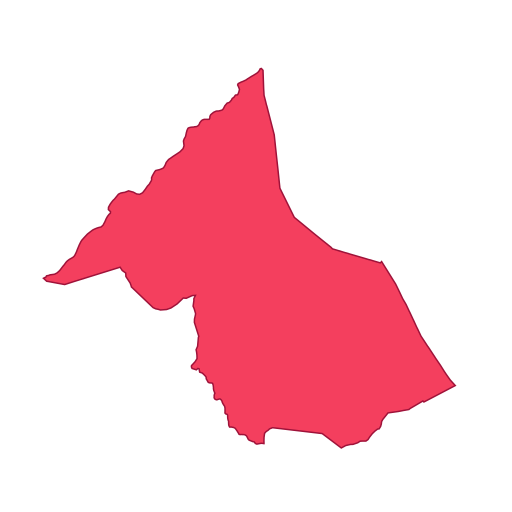 the district of Venus, Anse-la-Raye, Saint Lucia, rotated 185°
{"feature_id": "8701671B61834764030996", "entity_name": "Venus", "entity_type": "district", "adm_level": 2, "iso_a3": "LCA", "parent_name": "Saint Lucia", "parent_adm1": "Anse-la-Raye", "projection": "mercator", "projection_center": [-61.013, 13.912], "detail": "fine", "context": "isolated", "style": "filled", "palette": "rose", "viewbox_px": 512, "rotation_deg": 185, "n_neighbors": 0, "source": "geoboundaries", "source_scale": "gbopen_adm2", "svg_char_len": 5914}
<svg xmlns="http://www.w3.org/2000/svg" viewBox="0 0 512 512"><g transform="rotate(185 256 256)"><path d="M231.7,69.8L231.7,70.1L232.0,72.6L232.2,76.1L232.0,80.1L230.6,82.0L228.8,83.4L227.4,85.0L224.5,86.4L174.6,84.9L154.3,72.2L150.1,75.0L145.5,76.5L143.0,76.8L138.4,78.8L136.1,80.6L133.9,80.9L130.4,81.2L128.4,82.9L127.0,85.6L124.7,89.1L122.2,92.0L119.9,94.1L119.4,94.3L118.3,94.5L117.0,97.1L116.5,99.6L116.5,101.0L116.3,102.4L115.4,104.3L110.8,111.2L100.8,113.5L97.6,114.4L95.6,115.0L94.8,115.2L90.3,116.4L89.2,117.5L77.1,126.1L76.2,125.4L76.0,125.2L46.2,144.3L49.0,146.9L51.8,149.5L56.1,154.6L58.2,157.2L62.6,163.0L67.2,168.6L68.5,170.2L69.6,171.7L69.8,171.9L76.6,180.5L76.9,180.7L79.3,183.8L84.7,190.6L86.5,193.7L88.6,197.3L89.9,199.4L93.7,206.1L93.8,206.2L98.0,213.5L98.3,213.9L102.3,220.8L106.2,226.3L109.4,231.8L113.1,238.0L114.5,240.3L130.4,261.4L131.5,260.0L132.8,260.2L139.3,261.5L141.5,262.0L143.6,262.3L146.4,262.9L147.4,263.1L153.9,264.4L163.5,266.3L164.1,266.5L164.7,266.6L166.2,266.9L167.0,267.0L168.0,267.2L180.5,269.8L180.7,270.0L182.0,271.2L198.9,282.5L210.7,290.6L221.2,297.8L222.2,299.4L238.1,325.6L241.7,344.2L244.8,359.8L248.4,378.3L258.2,406.1L258.9,407.8L260.1,411.4L262.0,416.8L262.5,420.3L262.9,422.9L265.2,441.6L266.7,443.0L267.1,443.3L268.2,442.8L268.3,442.3L269.1,440.6L270.0,439.3L271.1,438.2L272.9,436.8L273.1,436.7L274.3,435.8L274.7,435.5L275.8,434.8L279.9,431.7L281.3,430.5L284.2,428.8L286.3,427.8L286.7,427.5L288.8,426.2L289.2,424.8L288.2,423.1L287.0,420.6L287.0,420.4L287.4,417.9L287.9,416.1L288.4,415.0L290.5,414.5L291.9,412.1L293.4,410.9L294.1,409.1L295.9,406.7L298.1,405.8L300.2,402.8L300.8,401.2L301.5,399.6L302.2,398.8L302.5,398.5L302.8,398.3L303.6,398.0L305.0,397.5L305.9,397.2L308.2,396.9L310.7,395.5L311.1,395.2L311.7,394.5L312.2,394.1L313.5,392.7L313.6,392.4L313.8,391.9L313.9,391.6L314.0,391.3L314.1,390.5L314.0,389.6L314.5,388.1L316.2,387.9L317.8,387.8L319.6,387.6L320.9,387.0L321.3,386.8L322.2,386.0L323.4,384.2L323.7,383.6L324.0,382.3L324.6,381.3L324.9,381.0L325.3,380.5L326.2,379.9L326.7,379.7L328.4,379.4L329.5,379.0L331.0,378.8L332.1,378.6L333.9,378.0L334.9,377.3L335.7,375.1L336.2,372.3L336.2,372.1L336.6,368.9L337.8,366.3L338.3,364.2L337.3,359.6L338.0,356.6L340.9,353.1L343.5,351.0L347.2,348.1L349.9,345.8L351.3,344.7L352.0,343.8L353.6,341.4L354.1,339.7L354.5,338.4L355.7,336.0L355.9,335.7L357.1,334.9L358.4,334.2L360.2,333.4L360.8,333.3L361.0,333.2L361.3,333.1L363.4,332.4L364.2,331.2L364.8,330.0L366.2,326.9L366.5,326.0L366.6,325.6L366.9,324.7L366.6,323.1L366.8,322.2L367.1,321.3L367.7,320.2L368.6,318.2L370.2,316.2L372.1,312.8L374.5,309.1L377.3,307.3L380.3,307.4L383.7,308.9L388.6,309.8L392.3,308.0L394.0,307.6L396.3,306.9L398.4,305.6L399.7,303.7L402.0,300.3L403.2,299.0L404.6,296.9L405.8,294.9L407.2,291.7L407.1,289.3L404.8,287.5L404.8,285.9L406.0,284.7L407.4,282.5L408.6,279.8L409.5,277.0L411.1,273.3L412.9,271.4L415.1,270.7L417.0,269.9L419.3,268.7L420.9,267.7L422.8,266.0L425.8,263.2L429.0,259.1L431.0,256.4L431.8,254.8L433.0,251.7L434.6,246.7L435.3,244.2L436.7,240.6L437.7,239.2L439.4,237.9L441.6,236.4L443.5,234.7L444.7,233.2L446.3,230.5L447.4,229.0L450.3,224.4L452.7,221.8L455.1,220.3L456.8,219.9L459.5,219.3L460.6,218.7L461.2,218.5L462.9,218.0L463.1,217.7L463.3,217.2L463.6,216.5L464.6,216.1L465.8,215.3L462.3,212.6L460.8,212.5L444.1,210.9L435.1,214.7L390.4,233.0L388.0,229.9L384.3,227.7L383.8,224.2L379.0,218.1L377.6,215.0L377.5,214.4L354.0,195.6L351.2,194.6L348.9,194.4L346.5,193.9L344.0,194.3L340.4,194.9L336.2,196.8L330.4,201.4L324.8,207.8L321.8,207.8L316.1,211.0L312.9,211.5L314.2,208.0L314.0,206.3L314.3,200.5L313.0,198.1L311.2,193.5L311.2,192.1L311.8,187.8L311.6,184.5L306.0,171.0L306.3,169.9L306.3,161.0L307.5,157.4L306.8,155.0L306.2,152.2L305.8,148.6L307.5,145.3L310.7,141.2L310.7,139.9L309.9,138.4L305.5,137.4L304.1,138.9L302.9,138.7L302.0,135.4L299.3,134.7L297.5,133.3L295.6,131.6L295.0,130.6L294.9,129.3L294.5,128.8L292.6,126.0L292.1,125.8L291.4,125.6L290.4,125.6L289.0,125.6L288.2,125.4L287.9,124.8L287.4,123.6L287.3,123.0L287.2,122.6L287.0,121.7L286.9,121.2L286.9,120.8L286.8,120.2L286.8,119.9L286.6,119.3L286.3,118.3L285.9,117.5L285.6,117.0L285.5,116.6L285.3,116.3L285.0,115.7L285.1,115.4L285.3,115.0L285.4,114.5L285.5,113.5L285.5,113.0L285.4,112.7L285.4,111.9L285.4,111.4L285.3,111.0L285.1,110.7L284.6,110.1L284.4,109.8L284.1,109.7L283.7,109.5L283.0,109.4L282.6,109.3L281.8,109.6L281.3,109.9L280.4,110.2L280.0,110.4L279.3,110.4L279.0,110.3L278.6,110.0L278.3,109.8L277.9,109.3L277.6,108.9L277.3,108.6L277.1,108.0L276.9,107.5L276.8,107.2L276.5,106.7L276.3,106.4L276.0,105.9L275.4,105.1L275.2,104.8L274.8,104.3L274.5,104.0L274.2,103.5L274.1,103.3L273.9,102.6L273.7,102.2L273.6,101.6L273.6,101.3L273.5,100.7L273.5,100.3L273.4,99.4L273.3,98.7L273.3,98.3L273.3,97.8L273.2,96.8L272.8,96.5L272.1,95.9L271.4,95.9L271.1,95.8L270.7,95.5L270.5,95.2L270.4,94.7L270.3,94.2L270.3,93.8L270.2,93.4L270.1,92.3L270.0,91.9L269.7,90.8L269.6,90.4L269.4,89.9L269.2,89.6L269.0,89.1L268.9,88.8L268.8,88.4L268.8,88.1L268.8,87.6L268.7,87.1L268.6,86.3L268.6,86.2L268.5,85.7L268.4,85.2L268.1,84.4L267.7,83.8L267.4,83.3L267.1,83.3L266.5,83.4L266.2,83.4L265.4,83.5L265.1,83.4L264.7,83.3L264.2,83.3L263.6,83.3L262.0,82.7L261.7,82.5L261.4,82.2L260.7,81.4L260.1,80.7L259.3,79.7L259.0,79.2L258.3,78.4L257.6,77.2L257.3,76.9L256.4,76.7L256.1,76.7L255.8,76.8L255.4,76.9L254.6,76.9L252.8,77.0L252.3,77.0L251.6,76.9L251.0,76.7L250.8,76.6L250.5,76.4L250.3,76.3L250.0,76.1L249.8,76.0L249.5,75.6L249.3,75.4L249.2,75.1L249.1,74.9L248.8,74.5L248.7,74.3L248.4,73.9L248.3,73.6L248.0,73.2L247.9,72.9L247.5,72.6L247.3,72.3L247.1,72.2L246.5,71.8L245.8,71.7L245.5,71.6L245.2,71.5L244.8,71.3L244.2,71.2L243.1,70.8L242.7,70.8L242.1,70.7L241.7,70.7L241.4,70.5L240.9,69.8L240.6,69.6L240.3,69.2L238.8,68.7L238.4,68.8L237.7,69.0L236.9,69.2L236.3,69.4L234.8,69.8L234.2,69.9L233.9,69.9L233.5,69.9L232.7,69.9L232.3,69.8L231.7,69.8Z" fill="#f43f5e" stroke="#9f1239" stroke-width="1.5"/></g></svg>